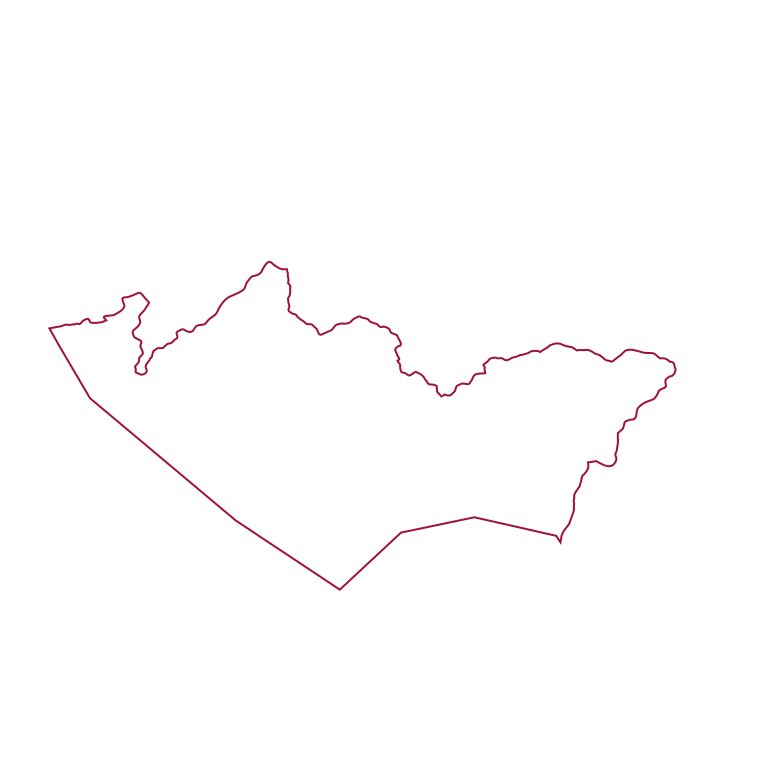 Senge, Geylegphug, Bhutan, rotated 57°
{"feature_id": "84629894B83148928798212", "entity_name": "Senge", "entity_type": "district", "adm_level": 2, "iso_a3": "BTN", "parent_name": "Bhutan", "parent_adm1": "Geylegphug", "projection": "natural_earth1", "projection_center": [90.093, 26.834], "detail": "fine", "context": "isolated", "style": "outline", "palette": "rose", "viewbox_px": 768, "rotation_deg": 57, "n_neighbors": 0, "source": "geoboundaries", "source_scale": "gbopen_adm2", "svg_char_len": 6165}
<svg xmlns="http://www.w3.org/2000/svg" viewBox="0 0 768 768"><g transform="rotate(57 384 384)"><path d="M234.8,402.9L232.6,406.5L231.2,407.9L229.6,408.9L227.1,410.2L223.6,411.6L220.8,412.4L220.0,412.8L219.3,413.5L218.9,414.4L218.8,415.4L219.1,417.4L220.1,420.2L221.0,422.0L223.0,425.4L223.7,427.3L223.8,429.3L223.7,430.3L223.2,432.2L222.2,435.1L222.0,436.1L222.0,437.1L222.2,438.1L222.8,440.0L224.2,443.7L225.2,445.4L227.6,448.5L228.0,449.4L228.3,450.4L228.4,451.4L228.4,455.4L226.6,466.4L226.7,469.4L227.0,471.4L227.7,474.3L229.1,478.1L230.9,481.6L232.9,485.0L233.7,486.8L234.1,488.8L234.3,493.9L234.4,494.9L234.8,496.8L236.0,500.7L236.1,501.7L235.9,502.7L235.6,503.6L233.8,507.2L233.3,509.1L233.3,510.1L233.5,511.1L235.1,514.8L235.4,515.7L235.3,516.7L235.0,517.7L234.5,518.6L233.2,520.0L231.6,521.1L229.1,522.3L228.5,523.1L228.1,524.0L227.7,527.0L227.6,529.1L228.0,530.0L228.8,530.5L230.6,531.0L231.5,531.3L232.1,531.7L232.9,532.9L232.9,535.4L233.6,538.3L233.7,539.9L233.5,540.9L232.6,543.3L232.5,544.1L233.0,547.7L233.5,549.6L233.0,550.8L232.0,552.4L230.9,553.6L230.7,555.2L230.7,559.1L231.5,560.5L234.6,563.7L235.0,564.5L235.2,566.2L236.1,567.4L238.3,573.0L239.1,574.0L240.1,574.7L242.7,575.3L244.3,576.3L244.8,577.1L245.0,578.1L245.0,579.1L244.7,581.1L244.3,582.0L243.7,582.8L239.7,585.5L238.9,585.9L238.1,585.4L236.6,584.2L235.7,583.9L234.8,583.7L233.9,583.4L233.2,581.5L232.7,579.5L232.4,578.6L231.9,577.7L231.2,577.0L229.0,575.2L228.5,574.4L227.8,571.4L227.1,569.6L226.3,569.2L224.5,568.6L219.8,567.9L219.1,567.4L217.9,565.8L216.5,564.5L214.7,564.6L211.4,566.6L208.9,567.9L206.1,567.5L204.3,567.0L203.5,566.4L202.9,565.7L202.5,564.8L202.0,560.8L201.6,558.8L200.9,556.9L199.9,555.2L199.2,554.6L195.6,553.4L194.7,553.0L194.0,552.4L193.4,551.6L193.0,550.7L191.6,544.8L188.3,537.5L187.8,536.8L186.8,536.8L182.2,537.6L176.6,538.2L174.8,538.9L174.2,539.6L173.8,540.5L172.8,546.5L171.9,550.4L171.2,552.3L169.8,554.9L169.6,556.0L169.9,556.9L170.7,557.4L172.5,558.0L175.3,558.5L177.1,559.1L177.7,559.8L178.2,560.7L179.0,562.6L179.3,564.5L179.4,566.6L179.3,569.6L179.1,572.6L178.8,573.6L175.4,580.6L175.1,582.2L175.9,582.8L178.1,582.4L179.4,582.3L178.9,584.8L178.5,587.4L177.6,588.5L177.1,589.7L176.9,590.5L175.3,593.2L174.6,594.1L173.6,595.7L172.9,596.3L172.0,596.7L171.2,596.7L170.3,596.5L168.8,596.5L167.9,596.9L167.4,598.6L167.1,600.6L167.1,602.4L167.4,603.7L168.0,605.3L167.9,606.9L166.1,608.8L165.6,610.2L165.3,611.6L164.4,612.6L163.9,614.0L163.0,615.9L160.9,618.5L160.3,620.3L160.0,622.6L155.1,634.3L173.6,635.5L235.8,638.3L417.7,582.7L532.4,533.1L517.9,450.6L545.0,380.8L605.1,322.3L612.9,322.2L607.8,317.6L605.1,313.2L602.3,305.1L595.4,295.9L592.8,293.0L590.5,291.8L587.8,289.6L585.6,288.8L583.2,286.5L581.2,285.3L580.0,283.9L578.4,280.8L576.3,275.4L574.5,273.7L572.7,271.5L570.6,269.5L569.0,267.6L568.6,264.8L567.5,261.7L565.9,258.7L563.2,256.7L560.8,255.6L562.7,251.7L564.2,248.1L567.8,246.1L572.2,243.5L575.3,240.6L576.6,237.3L576.6,235.6L575.8,233.0L574.2,230.6L572.7,229.5L570.0,228.8L568.6,228.0L566.9,225.4L560.1,219.3L555.0,216.3L552.5,214.5L552.1,210.9L551.5,207.8L549.3,205.2L547.3,203.2L546.9,201.4L548.1,196.9L549.5,194.2L549.5,192.0L548.3,190.1L545.4,187.6L543.2,185.3L542.2,183.2L541.6,179.2L541.6,175.9L542.4,171.1L543.2,168.2L543.5,165.5L542.4,162.0L541.2,159.8L539.8,157.8L539.1,155.7L540.0,150.9L539.5,148.7L537.6,147.8L536.4,147.4L534.1,145.9L533.5,144.2L533.2,140.7L534.1,138.2L533.6,135.5L532.8,133.8L530.7,131.5L527.3,130.7L526.1,130.1L524.5,129.7L522.2,130.5L521.0,132.2L518.3,132.9L516.5,133.9L514.9,135.3L512.9,138.4L512.2,138.9L507.6,140.1L505.8,140.8L505.1,141.3L503.8,142.7L501.0,146.9L499.8,148.4L498.5,149.8L494.1,153.6L490.5,157.2L489.3,158.8L488.4,160.5L488.2,161.4L487.6,162.4L487.6,163.6L487.8,165.2L488.2,167.5L488.6,168.5L489.0,174.9L489.5,179.9L489.2,181.1L488.3,181.6L486.3,183.4L485.4,184.4L484.6,185.0L483.1,185.6L481.8,185.8L479.1,186.8L478.4,186.9L476.1,188.2L474.3,189.9L472.7,190.8L470.1,191.9L466.4,194.4L465.4,196.1L464.7,197.6L462.6,200.4L460.8,204.0L455.8,206.1L452.1,209.9L450.0,211.8L446.3,214.2L444.1,216.9L443.0,219.2L442.0,223.6L442.2,226.3L442.4,227.2L442.1,233.8L442.4,235.4L440.2,236.9L437.4,240.9L436.6,243.5L436.6,246.1L435.0,251.7L433.8,254.2L433.6,256.7L431.8,262.1L431.7,264.4L431.2,267.6L430.0,269.3L428.6,270.1L426.4,271.2L424.3,274.9L422.6,276.1L421.1,278.9L420.5,281.6L420.8,282.8L421.4,284.1L422.0,290.0L422.7,290.4L424.8,290.4L427.2,292.1L430.0,293.1L429.4,294.7L426.6,299.4L425.7,302.5L426.1,304.2L427.0,306.0L428.0,307.2L428.5,308.2L429.3,310.3L430.0,311.6L430.2,313.1L429.7,314.0L427.3,316.6L426.4,317.9L426.0,318.8L425.6,321.2L425.3,323.7L425.8,325.2L427.8,327.3L428.4,328.1L428.9,329.7L429.2,331.7L429.6,333.2L429.3,335.4L428.7,336.3L428.3,336.9L426.3,338.5L425.8,339.0L425.9,340.4L425.8,342.4L424.7,342.9L423.3,342.9L420.8,343.5L419.1,343.6L418.1,343.1L416.3,341.9L414.2,340.9L412.1,342.4L410.5,344.0L409.2,346.0L407.6,346.9L405.1,346.7L402.8,347.0L399.8,346.9L397.4,347.4L395.8,348.0L391.5,350.4L391.0,351.4L390.9,352.5L391.0,356.5L390.4,358.6L389.4,359.1L387.5,359.8L386.2,360.5L384.3,362.4L383.1,362.9L380.3,362.2L376.4,359.9L372.5,360.2L371.8,360.0L371.8,358.2L371.0,357.3L368.1,357.3L365.1,356.6L364.0,356.7L362.1,356.1L361.2,356.0L360.3,354.3L360.1,351.9L360.6,349.4L359.8,348.0L358.5,347.5L349.9,346.6L345.6,349.7L344.2,350.2L341.0,349.6L340.0,349.9L338.4,350.7L335.6,352.9L335.5,353.7L334.5,355.6L333.7,356.3L332.6,356.7L329.8,357.3L325.3,361.0L324.2,361.6L323.2,361.9L321.9,361.9L319.7,363.0L315.7,366.9L314.2,367.3L313.7,368.2L313.4,368.9L313.0,373.7L313.3,376.6L313.9,378.5L313.5,380.8L312.2,384.0L310.4,386.2L309.7,387.6L308.5,391.1L308.4,392.7L309.8,397.0L310.2,399.1L308.4,410.1L307.1,411.2L306.4,411.3L301.5,410.5L295.4,411.8L294.0,412.8L291.9,415.8L290.9,416.5L288.1,417.1L285.2,418.5L283.3,419.1L280.9,420.0L278.6,420.0L277.0,420.6L275.4,422.3L271.3,424.1L270.3,423.9L269.3,423.4L267.6,421.2L266.5,420.7L264.0,419.9L260.2,418.1L259.4,417.2L259.0,415.7L258.4,415.0L256.6,413.2L254.9,411.9L252.9,410.8L250.9,409.2L247.9,409.3L247.2,409.5L245.0,407.7L243.5,406.7L241.5,406.1L238.7,404.3L236.9,403.8L234.8,402.9Z" fill="none" stroke="#9f1239" stroke-width="2"/></g></svg>